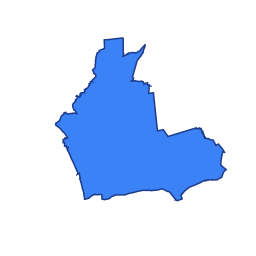 the district of Cañitas de Felipe Pescador, Zacatecas, Mexico, rotated 241°
{"feature_id": "50627088B55005263916135", "entity_name": "Cañitas de Felipe Pescador", "entity_type": "district", "adm_level": 2, "iso_a3": "MEX", "parent_name": "Mexico", "parent_adm1": "Zacatecas", "projection": "natural_earth1", "projection_center": [-102.728, 23.576], "detail": "fine", "context": "isolated", "style": "filled", "palette": "blue", "viewbox_px": 256, "rotation_deg": 241, "n_neighbors": 0, "source": "geoboundaries", "source_scale": "gbopen_adm2", "svg_char_len": 5616}
<svg xmlns="http://www.w3.org/2000/svg" viewBox="0 0 256 256"><g transform="rotate(241 128 128)"><path d="M136.2,64.4L134.7,64.2L132.6,64.2L129.6,63.7L128.6,63.5L127.1,63.6L125.2,63.4L123.5,63.4L117.4,62.7L117.3,62.8L116.5,62.6L115.8,62.6L115.0,62.6L113.1,62.5L112.0,61.1L112.0,63.5L109.6,62.5L107.0,61.8L107.1,61.2L105.6,61.0L103.9,60.6L102.7,60.4L101.5,60.0L100.2,59.7L98.5,59.4L97.9,58.9L96.7,58.7L95.5,58.5L93.8,58.1L92.9,57.9L92.3,57.6L90.0,56.7L89.3,56.5L88.7,56.3L87.6,56.0L87.0,55.4L86.4,56.1L86.1,57.6L86.0,58.1L85.8,58.5L85.6,59.6L85.6,60.2L85.7,60.4L85.8,61.2L86.3,62.3L86.4,63.2L86.3,63.4L86.2,65.8L86.3,66.4L86.0,66.8L85.2,67.5L84.4,69.3L83.3,71.5L82.3,72.8L80.6,71.9L80.3,71.8L79.1,71.1L78.4,70.8L78.2,70.9L77.8,71.6L77.4,72.0L76.7,72.6L76.5,73.3L76.5,73.7L75.8,75.8L75.7,76.1L75.4,76.5L75.4,77.3L75.4,77.6L75.4,78.3L75.8,79.5L76.1,80.1L76.0,80.5L76.0,80.8L75.9,81.3L75.6,81.7L75.6,81.9L75.7,82.0L75.6,82.6L75.5,82.8L75.7,83.2L75.6,83.6L75.7,84.0L72.6,90.1L71.7,91.7L71.4,92.2L71.2,92.4L71.1,92.6L70.7,93.9L70.8,94.4L70.6,95.5L70.3,97.1L70.0,98.4L69.2,100.3L68.9,101.3L68.6,102.9L68.2,104.1L68.1,105.1L67.9,105.9L67.5,106.9L67.4,107.7L67.0,108.4L66.9,109.0L66.7,109.2L66.5,110.4L63.1,116.4L62.9,116.9L62.7,117.1L62.2,117.5L60.2,122.0L59.2,124.5L58.8,126.1L58.6,127.2L58.1,128.7L57.5,128.9L53.2,131.9L53.0,132.1L52.7,132.8L52.4,133.2L44.5,134.6L44.2,134.7L42.4,134.8L42.2,134.4L41.5,135.3L40.5,135.9L39.7,141.0L43.2,141.7L43.3,141.6L43.8,141.9L44.0,142.8L44.3,143.3L44.0,143.5L44.5,144.4L44.5,144.8L45.4,146.9L45.5,147.7L45.5,147.9L45.7,148.3L45.8,148.7L45.8,149.0L46.0,149.8L46.0,150.3L46.2,151.4L46.4,151.8L46.5,152.2L46.4,152.3L46.2,155.2L46.0,156.8L45.8,157.5L45.5,161.1L45.1,165.4L45.1,165.7L45.2,165.8L45.2,167.2L45.1,168.6L45.0,169.5L44.5,169.5L44.4,171.3L43.9,171.3L43.7,172.2L43.2,173.9L42.5,175.5L42.6,175.8L41.4,176.7L41.6,177.1L40.8,178.4L40.5,179.0L40.3,179.1L39.9,179.7L39.8,180.2L39.5,181.0L39.4,181.3L39.6,182.0L39.6,183.3L39.5,183.8L39.5,184.6L39.5,186.1L42.1,189.0L42.9,189.9L43.0,190.2L43.7,191.7L44.0,193.7L45.2,193.3L46.4,192.7L46.5,192.7L46.9,192.6L47.2,192.3L47.5,192.3L49.6,191.6L51.3,191.4L53.7,193.2L54.4,193.6L55.4,194.4L56.1,194.8L56.4,195.2L61.1,199.0L60.0,200.6L63.7,200.5L70.2,199.2L70.2,196.4L76.1,196.7L78.0,193.9L79.5,193.6L80.7,191.5L81.9,191.2L81.4,191.0L81.9,190.1L82.5,190.5L82.7,190.8L84.1,190.4L84.2,190.8L85.5,190.7L85.6,191.3L86.3,191.2L86.9,191.0L86.8,190.7L87.5,190.7L87.7,191.5L88.6,191.8L88.8,190.9L89.8,191.3L89.8,191.2L90.9,191.5L91.0,191.2L92.0,191.6L92.2,190.4L93.3,190.7L94.0,187.4L95.0,187.8L101.2,158.9L109.4,158.1L111.3,152.4L146.5,167.3L148.2,163.0L148.5,163.1L148.9,163.4L149.7,163.9L149.9,164.1L150.2,164.2L151.6,165.1L151.8,165.3L151.9,165.5L152.0,165.6L152.6,165.6L153.8,166.3L154.0,166.8L154.0,167.0L154.3,167.4L154.0,167.9L155.9,167.2L156.0,166.2L156.3,166.0L156.8,166.1L157.0,165.9L157.3,166.2L157.3,166.3L158.1,167.0L158.3,166.1L158.7,164.8L158.8,164.1L158.5,164.0L158.5,163.9L158.6,163.6L158.6,163.2L159.4,163.4L160.2,163.7L161.1,163.6L161.7,163.1L162.0,163.0L162.3,162.6L162.6,162.2L162.9,161.4L163.0,161.0L163.3,160.2L165.3,157.7L165.7,157.2L165.8,156.8L166.1,156.9L166.3,156.2L167.3,153.6L167.8,154.1L167.5,155.2L167.7,155.8L168.0,156.2L168.4,156.5L169.0,157.1L170.1,156.4L171.1,157.3L182.4,168.6L184.3,172.9L184.4,173.5L184.8,174.3L185.3,174.9L185.4,175.2L185.7,175.9L187.0,178.2L187.7,178.6L187.9,178.8L188.5,179.2L188.8,179.5L190.4,181.6L191.0,182.2L191.3,182.3L191.7,182.8L192.1,183.2L192.5,183.4L192.8,183.8L192.2,182.2L191.9,181.6L191.6,180.3L191.3,179.3L190.9,178.5L190.5,177.5L190.1,176.4L189.8,175.6L189.9,173.6L189.6,172.7L189.6,172.1L189.9,171.6L190.0,171.3L190.8,169.9L191.6,168.9L192.1,168.3L192.1,167.6L192.1,167.1L192.4,166.6L192.8,166.0L193.3,164.7L193.2,164.5L193.2,163.9L192.3,163.5L192.4,163.2L193.1,162.8L193.0,161.5L192.9,160.8L193.1,160.2L192.9,159.3L192.9,158.8L192.6,157.8L193.8,159.0L194.5,159.5L195.2,160.4L196.2,160.3L204.2,164.8L208.7,167.2L209.3,167.0L210.7,163.8L214.5,154.5L216.6,149.9L216.2,149.7L209.0,146.1L209.7,140.3L208.4,139.2L208.6,137.4L207.2,136.3L207.3,136.2L206.4,135.3L206.2,135.2L205.4,134.2L204.9,133.9L204.2,133.6L203.4,132.9L203.3,132.6L202.6,132.2L202.1,131.9L200.6,131.1L200.4,130.9L199.7,130.4L199.1,129.9L198.7,129.6L198.0,129.4L196.7,128.3L195.8,125.0L195.5,125.0L193.8,125.0L193.1,124.9L192.6,124.7L192.2,124.6L191.4,124.9L191.2,125.2L191.0,125.4L190.5,125.5L190.2,125.6L188.8,125.0L188.4,124.5L188.2,123.9L188.2,123.6L187.7,122.1L187.5,121.1L187.2,119.9L186.8,119.5L185.9,119.6L186.4,119.1L186.5,119.0L186.5,118.5L186.8,117.4L185.2,117.0L185.5,115.3L183.9,114.8L184.0,114.2L183.2,113.1L182.9,112.7L182.6,111.5L182.7,111.0L182.8,109.9L182.3,109.9L182.5,108.4L181.1,108.3L180.4,107.2L180.5,107.1L180.0,106.8L180.3,106.5L180.8,105.4L181.6,104.1L180.5,103.0L180.9,102.6L180.3,101.9L179.5,102.7L178.5,100.7L181.2,98.8L180.9,98.1L179.4,99.4L177.8,95.4L177.0,95.5L176.8,94.5L176.2,93.1L175.9,91.9L175.6,91.4L174.4,90.4L173.6,90.1L172.9,89.9L171.4,89.7L170.5,89.4L168.5,90.2L168.4,90.3L166.7,90.2L165.4,90.3L167.2,88.2L167.4,87.0L167.6,87.0L167.8,86.2L168.6,84.5L169.5,81.6L171.9,81.2L172.2,79.4L171.3,79.3L171.4,78.7L171.3,78.2L170.9,76.1L170.7,75.5L170.3,74.9L169.6,74.0L168.7,73.1L167.9,72.0L167.5,70.6L167.4,70.6L167.2,67.2L166.9,67.0L166.1,66.7L165.9,66.3L165.7,66.4L165.3,66.3L160.9,68.3L159.3,68.8L156.6,69.1L155.3,69.6L154.3,70.0L153.0,70.1L148.6,70.4L148.8,69.2L149.1,69.3L149.9,68.0L148.7,67.3L149.4,65.7L146.5,64.1L145.9,65.5L142.9,63.7L142.2,65.4L140.7,64.6L140.2,66.3L139.0,65.7L139.0,64.5L137.9,64.3L136.2,64.4Z" fill="#3b82f6" stroke="#1e3a8a" stroke-width="1.5"/></g></svg>